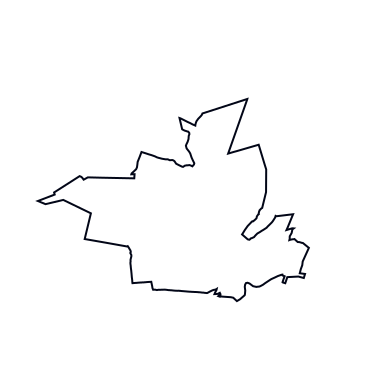 outline of Santa María Atzompa, Oaxaca, Mexico, rotated 114°
{"feature_id": "50627088B80328221498252", "entity_name": "Santa María Atzompa", "entity_type": "district", "adm_level": 2, "iso_a3": "MEX", "parent_name": "Mexico", "parent_adm1": "Oaxaca", "projection": "mercator", "projection_center": [-96.781, 17.085], "detail": "fine", "context": "isolated", "style": "outline", "palette": "ink", "viewbox_px": 384, "rotation_deg": 114, "n_neighbors": 0, "source": "geoboundaries", "source_scale": "gbopen_adm2", "svg_char_len": 4834}
<svg xmlns="http://www.w3.org/2000/svg" viewBox="0 0 384 384"><g transform="rotate(114 192 192)"><path d="M237.4,69.7L231.0,70.3L226.0,60.5L225.1,54.9L220.9,55.4L222.4,60.5L218.3,61.2L214.0,61.5L210.5,62.6L209.3,62.6L195.5,62.5L193.5,69.9L193.7,70.8L193.8,71.0L193.9,72.1L194.1,73.5L194.2,73.8L194.6,74.7L194.7,75.1L193.3,79.3L193.7,79.8L194.5,81.2L195.3,82.3L196.0,83.2L196.3,83.5L195.8,83.6L195.0,83.7L193.5,84.4L192.9,84.6L192.6,84.7L191.8,84.6L190.1,84.4L189.7,84.4L188.8,84.3L187.6,84.6L186.9,84.7L185.9,85.0L185.6,85.0L185.3,85.0L184.8,84.8L183.9,84.3L184.0,84.6L184.1,84.9L184.3,85.3L184.5,85.8L188.3,90.2L185.2,90.2L171.2,90.6L179.8,105.0L179.8,105.9L181.6,105.7L183.7,106.0L185.7,106.3L187.3,106.7L189.9,107.7L192.9,108.9L194.3,109.3L195.7,110.2L198.0,111.7L199.2,112.6L200.7,113.5L202.1,114.5L203.3,115.4L205.9,116.4L208.0,117.0L209.7,118.5L210.6,119.5L211.5,119.7L212.3,120.2L212.6,121.8L210.4,129.0L208.6,128.7L206.2,128.4L204.8,128.2L203.9,128.0L200.4,127.3L195.7,125.6L195.2,125.5L194.9,125.2L194.2,125.0L193.9,124.2L191.6,123.1L190.6,122.7L189.6,122.4L188.0,122.8L187.3,122.7L187.2,122.7L185.8,122.4L185.7,122.3L185.0,122.0L184.8,122.3L182.3,122.8L181.3,122.7L181.1,122.8L178.9,122.0L178.0,121.4L162.0,124.3L141.2,133.4L137.1,137.0L121.7,150.3L136.5,167.8L138.2,169.9L142.2,174.6L85.1,179.2L84.5,179.3L116.0,214.4L117.6,214.4L119.1,214.8L122.6,216.1L125.6,216.7L127.2,216.6L128.6,216.4L130.0,216.0L130.0,217.3L130.0,219.2L129.8,221.7L129.8,224.5L129.6,228.1L129.4,232.4L129.5,233.5L138.7,226.5L138.8,225.7L138.9,223.7L138.7,222.1L138.6,220.8L138.4,220.0L139.1,218.6L140.2,217.9L142.1,217.8L145.1,216.7L148.2,216.4L150.4,216.5L152.2,216.4L154.4,214.6L155.2,213.1L156.3,211.0L157.5,209.3L159.5,207.5L160.8,206.3L162.9,203.9L164.8,201.6L166.1,201.4L168.4,202.1L168.3,203.6L168.4,205.2L169.2,206.5L169.4,206.8L169.7,207.6L170.3,208.4L170.8,209.2L172.7,210.4L172.9,211.4L172.8,214.7L172.6,218.0L171.0,220.5L170.8,221.3L170.7,222.6L170.9,223.2L172.0,225.2L172.0,227.4L172.9,229.4L173.8,232.9L174.1,234.8L174.4,236.5L174.6,238.2L174.5,240.2L174.6,241.6L174.8,244.1L175.2,247.0L175.4,249.2L176.0,254.4L181.0,254.1L186.6,253.9L189.1,253.1L191.9,252.3L193.9,252.3L197.3,253.7L199.6,254.7L200.5,254.6L199.1,251.7L203.0,250.3L215.5,279.9L221.0,293.1L224.3,295.6L224.8,296.0L224.2,297.0L223.6,298.1L223.2,299.3L223.2,301.1L248.5,317.8L250.2,316.4L262.9,329.1L262.7,320.9L253.7,309.1L251.6,306.4L252.6,275.7L278.6,270.9L273.4,250.2L268.2,229.2L267.6,228.7L268.6,227.1L269.0,226.5L270.0,225.2L270.4,224.5L271.3,223.8L271.7,223.5L272.0,223.5L272.6,223.6L272.9,223.5L273.3,223.0L273.8,222.3L274.1,221.9L275.0,221.4L275.6,221.2L278.9,220.6L280.2,220.0L280.3,219.9L281.0,219.7L281.7,219.5L282.3,219.2L283.2,218.7L283.8,218.3L286.5,216.8L288.6,215.5L289.5,215.0L290.2,214.6L291.6,213.8L291.8,213.7L294.7,212.1L295.1,211.8L296.0,211.3L296.8,210.8L298.7,209.8L299.5,209.3L299.3,208.9L299.1,208.6L298.7,207.9L298.5,207.5L297.9,206.4L297.4,205.4L297.1,204.9L296.8,204.4L296.4,203.6L296.2,203.3L295.7,202.3L295.6,202.2L295.3,201.4L295.1,201.2L294.6,200.2L294.5,199.9L294.1,199.1L293.8,198.7L293.4,197.9L292.5,196.3L291.8,195.0L291.5,194.4L290.6,192.7L294.2,190.1L295.9,189.0L296.3,188.6L296.8,188.0L297.1,187.7L296.7,187.1L296.2,185.9L295.9,184.3L295.7,183.9L295.1,183.1L294.9,182.7L294.8,182.4L294.7,182.3L294.0,180.7L293.7,180.2L293.5,179.7L293.4,179.6L293.2,179.0L292.5,177.7L292.4,177.4L292.2,177.0L292.0,176.3L291.7,175.4L291.2,173.6L290.8,172.7L290.7,172.2L290.5,171.7L290.2,170.9L289.9,170.0L289.5,168.7L288.9,167.0L288.4,165.7L288.1,165.0L287.7,164.2L287.5,163.7L287.4,163.2L287.2,162.9L286.9,161.8L286.6,160.9L286.1,159.5L285.3,157.2L284.8,155.7L284.5,154.9L284.3,154.3L283.8,152.9L283.6,152.5L283.5,152.1L282.8,150.4L282.3,149.0L281.9,148.1L281.2,146.2L281.0,145.8L280.9,145.2L280.7,144.7L280.3,143.7L279.9,142.3L279.8,141.9L279.3,140.7L279.0,139.5L278.8,138.9L278.5,138.1L278.4,137.7L278.3,137.4L278.1,137.0L277.8,136.8L277.1,136.2L276.1,135.5L274.9,134.5L273.8,133.6L273.3,133.1L273.2,132.9L272.9,132.7L272.5,132.2L271.8,131.1L271.3,130.6L270.8,130.2L270.5,130.0L271.0,129.9L271.6,129.8L272.3,129.8L272.8,129.9L273.5,129.9L274.4,130.0L275.1,130.0L275.8,129.9L276.1,129.9L275.3,128.3L274.8,127.4L274.3,126.8L274.0,126.6L272.8,125.6L273.3,125.1L273.6,124.6L273.8,124.4L274.1,124.4L274.3,124.3L274.5,124.5L275.1,125.0L275.7,125.3L276.4,125.6L276.3,123.8L275.6,122.9L275.1,121.4L272.3,113.7L271.8,111.3L273.4,106.6L270.3,104.4L268.7,103.7L264.9,101.9L263.7,102.1L260.3,103.3L257.2,105.2L255.0,105.8L253.2,105.6L252.3,104.3L252.2,102.2L253.2,97.9L252.5,94.5L252.3,94.3L250.9,91.9L250.0,91.1L247.8,89.4L245.5,88.1L240.8,85.1L239.3,84.1L236.6,81.7L233.9,79.4L231.9,77.3L231.3,76.7L230.7,75.8L231.4,75.3L231.4,75.2L231.3,73.3L231.3,73.1L234.5,72.9L237.6,72.6L237.7,72.2L237.4,69.7Z" fill="none" stroke="#020617" stroke-width="2"/></g></svg>